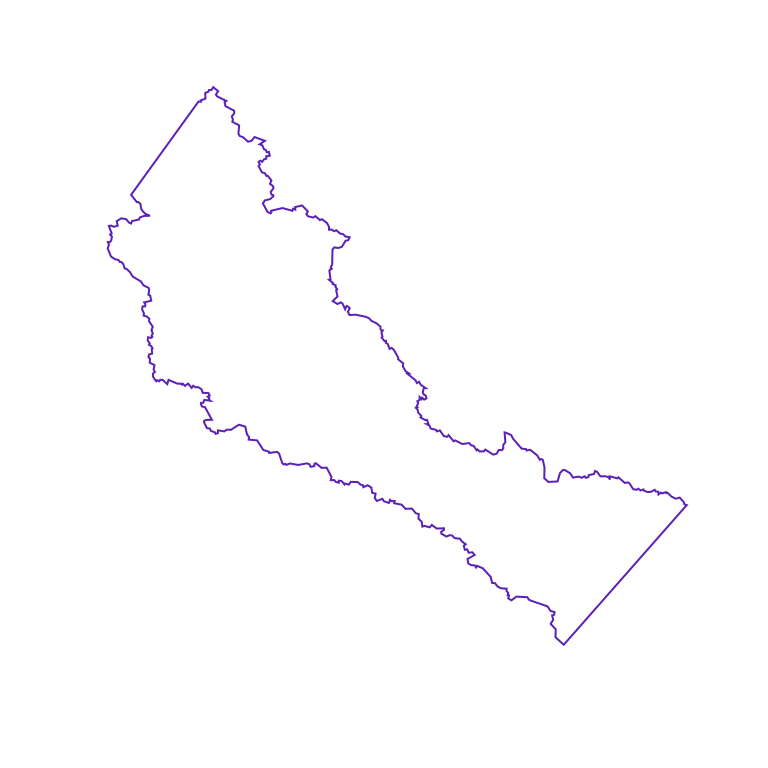 the district of São Félix do Xingu, Pará, Brazil, rotated 306°
{"feature_id": "56859067B65108742349990", "entity_name": "São Félix do Xingu", "entity_type": "district", "adm_level": 2, "iso_a3": "BRA", "parent_name": "Brazil", "parent_adm1": "Pará", "projection": "equal_earth", "projection_center": [-52.202, -7.461], "detail": "fine", "context": "isolated", "style": "outline", "palette": "violet", "viewbox_px": 768, "rotation_deg": 306, "n_neighbors": 0, "source": "geoboundaries", "source_scale": "gbopen_adm2", "svg_char_len": 6105}
<svg xmlns="http://www.w3.org/2000/svg" viewBox="0 0 768 768"><g transform="rotate(306 384 384)"><path d="M278.7,682.7L464.0,700.1L463.3,697.7L464.7,695.8L465.9,690.0L462.7,687.5L461.9,682.4L462.7,677.2L461.7,676.5L462.1,675.5L459.1,673.5L458.9,671.9L456.0,671.0L458.0,669.3L456.8,666.9L457.5,665.2L453.6,663.3L451.6,660.8L450.5,657.1L451.2,655.9L448.7,654.1L448.7,651.2L447.0,650.6L445.4,647.5L447.8,641.2L447.8,639.2L445.5,637.0L446.3,628.5L444.9,628.4L442.0,620.9L439.4,622.9L440.5,620.7L439.7,617.6L436.5,613.4L438.2,607.7L437.7,605.9L434.6,606.8L430.7,603.2L428.7,604.0L426.7,602.4L427.2,600.4L424.3,599.1L423.7,596.2L419.4,591.9L421.2,587.0L420.7,581.1L419.7,579.3L415.4,578.7L407.2,581.7L401.4,574.6L402.0,569.0L410.7,563.0L415.9,557.2L415.8,555.4L414.3,554.6L416.3,549.9L416.7,541.0L414.0,538.4L414.8,537.0L412.6,533.4L415.6,520.5L417.4,517.1L416.2,511.0L415.7,510.0L408.2,516.4L404.8,516.3L401.9,518.4L399.8,518.3L398.1,515.6L393.8,516.1L391.0,513.7L390.5,504.5L388.3,504.4L385.6,501.0L386.0,498.2L384.8,498.0L386.6,492.7L385.7,490.6L386.2,487.5L381.5,482.7L380.2,474.7L378.6,474.0L380.6,466.2L378.5,466.2L377.0,463.1L379.3,456.5L376.7,454.6L377.5,453.1L375.4,447.9L377.1,445.2L376.7,442.1L377.8,443.4L380.3,439.9L379.1,438.6L378.4,433.2L380.0,433.1L381.0,428.3L383.1,426.3L383.4,423.9L384.8,424.7L385.0,423.5L388.4,423.0L389.7,421.1L391.9,422.2L394.4,420.5L393.8,423.3L395.3,422.9L395.0,425.7L397.4,426.8L399.2,424.4L398.9,422.3L399.9,420.4L404.0,418.6L405.1,420.1L405.0,414.1L406.4,411.0L404.1,410.1L405.5,407.3L406.1,396.9L407.2,398.1L407.1,393.9L409.3,388.8L412.0,387.4L412.3,380.8L413.7,380.0L417.4,372.0L417.7,369.0L415.7,367.9L418.6,363.6L418.4,361.4L420.1,360.3L419.0,359.3L420.2,354.8L421.5,354.9L424.0,351.8L426.6,351.5L425.8,350.3L426.4,348.9L428.3,347.4L428.7,342.2L427.7,336.7L428.4,333.2L427.6,329.6L423.4,320.3L419.5,315.6L421.2,312.3L425.1,311.8L425.6,309.5L425.0,307.8L421.6,308.6L424.6,303.4L424.7,301.1L421.4,299.4L420.9,293.8L427.5,294.9L431.8,290.1L433.1,290.5L434.1,287.6L435.5,286.9L434.7,283.8L435.7,283.5L436.0,278.2L437.2,279.2L443.8,273.0L446.5,274.0L446.7,272.5L450.3,271.8L462.5,263.3L465.3,263.5L467.1,267.0L470.2,269.3L477.2,268.7L479.5,270.6L482.5,269.9L480.6,266.1L481.2,263.0L479.9,259.9L480.4,255.0L478.3,253.9L478.2,250.9L476.5,248.8L479.0,246.9L480.7,243.3L480.9,236.9L478.9,235.8L479.5,229.9L477.0,228.8L475.0,223.8L475.8,221.3L478.9,220.9L480.3,212.8L474.9,208.1L473.0,209.7L472.5,207.5L470.3,208.1L466.7,198.5L457.8,190.8L456.6,192.1L455.2,191.8L454.8,188.5L458.9,179.9L462.5,179.7L466.7,183.2L470.7,184.1L471.7,183.5L471.1,181.6L472.7,179.5L477.5,179.5L478.9,177.7L478.9,174.1L482.5,173.3L484.1,167.4L483.2,166.5L484.5,163.9L483.5,160.9L486.5,154.5L488.7,154.6L489.7,152.2L490.9,152.2L492.1,152.9L492.0,154.8L495.3,154.9L497.0,156.3L499.1,154.9L501.5,157.4L504.1,154.5L502.6,153.0L503.9,150.7L503.4,148.9L505.6,145.2L504.8,142.5L510.7,144.7L507.7,134.1L503.0,133.9L500.1,131.6L500.8,124.8L499.8,121.5L500.9,119.1L508.1,114.8L507.0,107.2L509.0,106.5L511.1,103.5L514.7,103.8L517.0,102.2L515.6,92.4L518.4,89.3L520.3,90.1L518.6,80.0L519.4,77.9L523.4,77.7L523.8,71.4L520.5,71.6L519.0,69.7L517.1,70.1L514.4,68.3L509.9,71.8L505.6,69.0L504.8,69.9L503.3,67.9L388.4,68.2L385.9,77.0L386.7,78.1L386.5,81.2L382.9,84.6L382.0,87.4L381.4,90.5L382.5,95.8L379.1,91.2L375.3,88.6L373.1,89.1L367.7,84.4L365.2,85.1L364.7,82.8L365.8,78.4L363.6,74.1L358.7,72.0L355.5,75.5L352.3,72.9L351.8,70.2L350.2,68.5L345.6,75.3L343.9,74.6L343.3,77.3L339.6,79.0L337.6,78.8L336.5,77.2L334.9,79.7L331.3,80.7L326.6,88.3L326.9,93.3L328.3,96.2L327.4,98.3L328.3,99.7L327.9,102.3L325.1,106.4L325.8,108.6L325.2,112.7L323.2,117.6L324.1,127.2L322.4,131.3L323.4,137.0L322.5,138.4L317.7,141.0L318.2,142.8L314.6,146.7L309.0,142.0L308.5,143.9L306.4,145.1L305.0,143.1L302.4,144.2L299.9,148.4L298.0,149.4L299.2,152.6L298.8,155.9L296.7,156.9L294.4,163.3L290.9,164.2L288.9,167.3L286.4,167.6L285.9,168.9L284.3,168.4L283.2,165.7L280.5,167.1L278.9,170.9L277.6,170.9L277.8,173.8L276.7,175.9L275.8,175.5L272.3,178.6L269.7,176.6L267.3,177.6L266.9,179.8L263.5,182.0L264.4,187.2L260.2,189.2L259.1,191.6L256.8,191.0L254.4,192.4L253.0,195.7L252.4,198.2L253.7,198.2L254.2,200.6L255.9,200.5L257.2,202.5L256.5,208.8L260.7,207.2L262.8,216.6L264.8,219.3L264.6,220.8L266.0,221.0L265.5,224.1L269.2,225.3L267.8,230.7L270.5,230.7L270.5,233.5L272.2,235.3L272.5,239.3L270.3,242.6L273.5,247.3L272.3,249.7L270.1,248.8L270.1,250.8L268.5,251.2L268.4,253.3L265.5,248.0L262.6,248.8L261.1,247.0L260.0,247.9L258.8,249.8L260.0,252.9L253.9,265.8L250.5,261.4L248.4,260.1L247.2,261.0L244.2,266.7L245.6,269.3L244.3,271.4L245.5,275.6L244.7,277.1L246.6,278.5L248.9,276.9L251.8,282.7L254.5,283.5L257.0,287.1L265.8,290.6L268.0,296.8L262.6,302.9L261.8,306.0L259.5,307.2L263.8,314.5L259.7,325.1L261.6,330.8L260.7,331.6L266.3,337.5L266.0,340.1L260.2,348.2L260.0,350.2L261.5,351.2L261.2,352.6L264.4,354.6L268.1,362.2L274.4,368.2L275.2,370.6L273.9,373.4L276.6,375.9L278.7,374.6L279.8,375.5L279.5,382.9L282.6,386.7L278.0,396.1L274.9,397.5L277.0,400.2L276.5,402.6L277.5,405.4L279.2,404.3L280.6,406.8L279.5,411.1L280.6,411.0L281.9,414.7L285.3,414.6L289.2,420.4L288.8,424.2L289.7,426.5L288.4,428.0L292.5,430.3L292.8,434.6L289.0,438.5L290.4,441.6L286.2,443.6L285.2,447.0L290.2,450.2L289.1,452.8L290.6,457.8L293.9,457.0L293.5,458.8L295.6,461.4L293.5,462.3L296.8,469.3L295.6,474.7L299.6,479.8L298.1,485.6L299.2,488.6L295.3,491.0L294.8,495.3L291.2,498.9L293.0,500.1L294.9,505.2L298.1,505.5L298.0,511.5L302.5,517.3L301.3,518.2L297.9,517.2L296.6,518.4L297.3,524.2L300.2,525.9L301.5,528.2L300.8,531.7L303.5,536.4L302.4,539.6L302.4,544.3L300.1,543.6L297.4,546.8L299.1,548.5L297.3,551.7L299.8,554.4L299.0,557.8L291.5,554.4L288.4,557.6L288.6,560.8L290.6,564.1L289.8,566.3L291.5,566.0L293.0,572.2L290.6,583.8L286.6,588.4L288.1,590.8L286.9,595.1L287.5,598.7L290.5,603.5L288.7,604.6L288.0,607.3L285.8,608.2L286.5,609.3L283.6,610.5L283.9,614.3L289.8,616.1L295.8,625.3L294.7,628.0L295.1,630.3L300.2,647.0L298.3,652.2L299.7,656.1L297.3,657.3L295.6,656.0L292.7,659.5L287.9,659.8L286.5,667.1L279.9,671.6L278.7,682.7Z" fill="none" stroke="#5b21b6" stroke-width="2"/></g></svg>